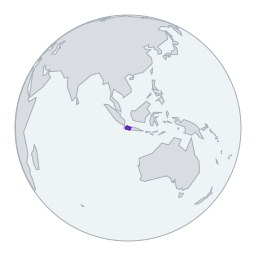 Jawa Barat highlighted on a globe, orthographic projection
{"feature_id": "IDN-1223", "entity_name": "Jawa Barat", "entity_type": "Province", "adm_level": 1, "iso_a3": "IDN", "parent_name": "Indonesia", "parent_adm1": "", "projection": "orthographic", "projection_center": [107.637, -6.866], "detail": "fine", "context": "on_globe", "style": "filled", "palette": "violet", "viewbox_px": 256, "rotation_deg": 0, "n_neighbors": 0, "source": "natural_earth", "source_scale": "10m", "svg_char_len": 7463}
<svg xmlns="http://www.w3.org/2000/svg" viewBox="0 0 256 256"><circle cx="128" cy="128" r="113" fill="#eef3f6" stroke="#a8b0b8"/><path d="M231.2,155.0L231.0,155.9L230.9,156.0L231.2,155.0ZM172.2,24.4L171.8,24.2L173.4,24.9L167.6,22.6L172.2,24.4ZM33.5,66.7L33.2,68.4L35.2,67.2L42.3,57.8L39.0,59.4L42.0,55.4L47.5,50.4L50.9,49.8L52.2,48.2L53.0,45.5L56.9,42.5L53.7,44.4L52.7,45.7L50.7,47.1L51.4,46.1L52.8,44.9L52.6,44.7L46.3,50.6L44.7,52.6L42.7,54.5L48.6,48.1L55.0,42.2L61.8,36.8L69.1,32.0L76.7,27.7L84.6,24.1L81.2,25.6L83.4,24.6L83.1,24.9L87.1,23.2L87.0,23.4L91.0,21.8L91.4,21.7L88.9,22.8L95.2,20.8L97.2,20.8L98.6,20.3L99.6,19.9L101.5,20.3L102.5,20.0L102.2,19.7L104.0,18.9L107.9,17.9L108.3,18.1L107.0,18.5L104.8,19.9L101.2,21.2L101.8,21.3L105.0,20.2L107.7,18.5L109.9,17.8L109.1,18.4L109.6,18.2L110.8,17.9L112.5,18.0L113.5,17.3L126.6,15.9L131.1,16.3L128.9,16.7L138.6,17.1L142.9,18.3L142.6,17.9L147.1,18.3L145.8,17.9L146.0,17.8L156.8,19.6L159.7,20.5L164.1,21.5L164.0,21.4L162.1,20.8L166.2,22.0L167.6,22.6L173.4,24.9L173.3,25.0L177.7,27.0L176.9,27.0L178.2,28.2L174.8,27.5L176.2,28.8L177.8,29.5L180.8,32.1L181.6,35.5L174.1,29.5L171.5,25.4L171.9,26.6L169.8,25.5L168.7,25.6L169.2,26.7L170.5,27.3L160.9,26.4L158.0,29.8L163.2,30.6L166.3,32.7L167.6,39.1L157.5,46.7L161.5,51.0L161.7,53.5L158.0,54.3L157.7,50.7L154.0,48.9L154.4,46.9L148.3,47.6L148.6,44.8L143.8,47.0L145.5,49.5L150.7,49.7L146.4,53.2L151.6,58.1L152.1,63.6L142.9,72.4L133.8,74.7L133.2,76.5L129.6,74.1L124.8,77.5L131.2,88.9L131.0,92.2L123.2,98.0L123.0,95.5L113.6,89.1L111.7,96.9L118.9,103.9L121.3,112.0L115.8,109.2L113.3,102.1L110.0,99.7L111.0,92.8L108.4,82.8L102.8,84.5L103.4,80.6L99.0,72.8L91.0,75.3L78.3,85.9L76.4,96.2L72.1,101.0L67.3,86.5L67.8,77.0L64.4,78.1L60.9,70.8L50.0,71.7L49.9,69.5L47.6,70.9L45.3,69.1L45.8,65.6L43.8,66.2L42.9,75.6L45.2,75.0L49.3,70.7L48.4,74.3L50.8,77.2L42.8,87.0L29.1,97.8L30.3,90.3L32.9,71.9L34.3,69.7L34.4,69.4L34.6,69.0L32.2,72.8L33.5,69.4L29.4,82.0L27.6,88.0L28.9,98.3L28.1,99.7L29.3,101.7L36.1,97.4L35.6,100.1L30.8,113.0L23.6,132.2L26.0,143.8L28.0,154.1L26.7,162.1L30.1,169.9L30.0,173.4L32.1,178.0L33.8,183.4L35.5,188.9L34.8,190.6L32.1,186.6L27.8,179.4L26.0,175.8L22.8,168.3L20.2,160.6L18.1,152.7L16.6,144.7L15.7,136.6L15.4,128.4L15.6,120.3L16.5,112.2L17.9,104.1L19.9,96.2L22.5,88.5L25.7,81.0L29.3,73.7L33.5,66.7ZM41.0,56.4L39.4,58.5L38.0,60.3L41.0,56.4ZM90.0,22.0L88.4,22.7L85.2,23.9L90.0,22.0ZM51.9,54.2L55.7,54.0L58.5,48.9L60.1,48.6L60.5,47.1L58.7,48.6L60.1,44.7L63.4,43.1L65.2,41.1L64.0,41.1L57.9,44.8L55.7,50.2L52.9,52.5L51.9,54.2ZM40.5,59.6L38.6,61.6L38.8,60.9L39.4,60.3L40.5,59.6ZM37.0,61.6L36.8,62.2L36.5,62.3L37.0,61.6ZM81.4,205.0L83.8,206.4L82.3,206.6L81.4,205.0ZM36.7,150.3L39.1,169.2L36.6,169.8L33.9,164.6L31.5,153.4L33.7,149.6L34.1,144.4L36.7,150.3ZM149.8,133.5L153.2,134.4L153.1,135.0L149.8,133.5ZM146.3,131.3L150.2,131.9L145.6,132.4L146.3,131.3ZM151.7,132.1L155.7,131.6L157.4,130.9L157.0,132.0L151.7,132.1ZM143.6,131.1L129.2,129.8L123.6,128.0L124.9,126.1L134.1,127.2L143.6,131.1ZM124.4,126.0L115.8,120.1L104.0,104.2L108.2,104.6L120.5,114.4L119.8,116.0L125.0,120.5L124.4,126.0ZM145.5,117.6L144.6,122.5L136.7,121.4L133.1,120.3L130.6,113.7L132.0,110.6L134.9,111.0L146.4,101.3L150.4,104.3L146.9,108.4L150.2,113.0L145.5,117.6ZM76.8,97.1L78.9,103.3L76.6,104.5L76.8,97.1ZM151.1,94.6L146.5,98.6L150.7,93.0L151.1,94.6ZM153.7,89.3L153.9,91.6L152.1,89.2L153.7,89.3ZM133.0,79.4L129.9,79.7L129.8,78.2L133.8,77.0L133.0,79.4ZM152.4,68.4L152.3,72.6L151.7,74.0L150.3,71.3L152.4,68.4ZM111.0,16.9L105.0,18.0L101.0,18.9L99.5,19.6L99.1,19.3L105.1,17.8L111.0,16.9ZM124.6,15.9L126.0,15.6L127.1,15.7L127.0,15.8L124.6,15.9ZM124.2,15.7L122.6,15.6L124.5,15.5L125.4,15.6L124.2,15.7ZM204.8,196.9L205.1,198.5L201.9,201.4L197.8,204.1L194.8,203.9L204.8,196.9ZM178.7,197.4L179.5,192.8L183.5,193.5L181.1,197.1L178.7,197.4ZM207.5,195.0L210.4,191.7L212.4,186.6L211.0,191.6L212.2,192.9L205.8,198.5L207.5,195.0ZM166.6,175.9L144.6,181.4L140.0,179.8L141.5,176.3L138.0,165.2L139.6,165.6L139.1,158.4L152.3,153.3L161.8,143.1L168.7,144.8L174.2,137.6L181.2,139.4L178.9,145.4L185.8,151.2L191.3,137.8L194.7,154.4L199.1,161.5L199.4,172.4L188.3,188.1L182.7,190.3L182.0,188.2L179.6,189.6L176.3,188.0L175.3,181.6L172.9,183.0L175.5,179.0L171.9,182.2L170.5,178.1L166.6,175.9ZM216.1,159.4L216.9,160.3L217.9,163.8L216.6,162.7L216.1,159.4ZM229.0,157.0L229.2,158.7L228.4,158.4L229.0,157.0ZM230.9,156.0L230.0,155.8L231.2,155.0L230.9,156.0ZM221.4,152.1L221.7,153.3L221.4,153.5L221.4,152.1ZM221.1,151.6L221.7,150.2L221.5,151.8L221.1,151.6ZM217.6,141.2L218.2,140.7L218.4,141.4L217.6,141.2ZM158.2,135.1L163.0,131.8L165.6,131.8L158.2,135.1ZM216.9,139.2L215.5,138.6L215.7,137.8L216.9,139.2ZM217.0,137.4L216.9,136.2L217.7,139.2L217.0,137.4ZM214.5,133.8L216.1,136.5L214.3,134.0L214.5,133.8ZM213.5,133.7L212.2,132.4L212.3,132.1L213.5,133.7ZM198.9,130.7L203.6,138.9L199.7,137.6L195.4,132.2L191.7,135.2L183.7,132.8L185.6,130.8L184.6,126.9L176.1,123.9L174.4,121.2L177.4,120.2L171.8,117.4L178.0,117.5L180.5,122.7L184.0,119.6L189.9,121.8L195.6,124.8L200.0,129.6L198.9,130.7ZM177.9,128.0L179.0,128.2L178.0,129.5L177.9,128.0ZM209.9,128.8L211.7,131.9L211.4,132.4L210.5,131.7L209.9,128.8ZM201.1,129.0L205.9,126.5L207.0,126.9L203.8,130.5L201.1,129.0ZM204.8,123.5L207.0,124.7L208.1,127.4L207.6,127.8L204.8,123.5ZM165.3,121.4L165.0,122.7L163.4,121.4L165.3,121.4ZM167.4,120.9L172.3,123.2L166.9,122.0L167.4,120.9ZM152.5,114.4L153.9,117.6L158.5,116.2L155.0,118.6L158.1,124.2L157.0,126.0L154.0,120.0L152.8,125.7L150.8,125.4L149.7,120.3L151.8,114.5L153.8,112.3L162.1,112.4L152.5,114.4ZM167.4,117.1L166.1,113.4L167.0,111.1L168.5,113.2L167.4,117.1ZM162.2,104.4L158.7,99.9L155.6,101.1L161.9,96.4L164.2,101.4L162.2,104.4ZM159.2,95.3L156.3,96.3L159.3,93.5L159.2,95.3ZM155.5,94.9L155.1,92.2L157.5,92.8L155.5,94.9ZM160.7,95.7L161.2,91.2L162.4,94.0L160.7,95.7ZM154.1,86.2L159.1,91.1L152.6,88.5L152.2,80.1L154.9,80.2L154.1,86.2ZM168.6,57.3L167.9,55.3L170.3,55.3L170.2,56.7L168.6,57.3ZM177.6,54.4L170.7,54.7L165.1,55.4L166.9,56.6L165.8,59.7L162.9,56.2L166.8,53.2L171.1,53.3L171.6,50.9L174.6,49.8L173.7,46.6L174.9,45.7L177.1,48.7L177.6,54.4ZM173.1,45.3L172.5,40.4L177.2,42.2L178.4,43.6L176.7,45.0L174.3,44.0L173.1,45.3ZM173.7,39.8L171.4,38.9L165.7,31.7L165.7,30.7L172.5,36.6L170.7,36.1L171.3,37.7L173.7,39.8ZM145.2,17.6L145.7,17.5L147.1,17.8L145.2,17.6ZM147.9,17.5L145.9,17.2L147.8,17.4L147.9,17.5ZM141.6,16.7L145.1,17.0L142.0,16.9L141.6,16.7Z" fill="#d9dde1" stroke="#a8b0b8" stroke-width="1"/><path d="M126.7,126.5L126.8,126.4L126.8,126.2L127.0,126.2L127.1,126.3L127.3,126.2L127.5,126.3L127.6,126.5L127.8,126.6L128.0,126.7L128.1,126.8L128.1,126.7L128.2,126.8L128.2,126.7L128.3,126.7L128.5,126.7L128.5,126.8L128.8,126.9L129.0,126.9L129.1,126.7L129.1,126.8L129.3,126.8L129.4,127.0L129.6,127.2L129.8,127.3L129.8,127.6L129.9,127.8L130.0,127.8L130.3,127.9L130.5,127.9L130.3,128.1L130.2,128.3L130.3,128.3L130.2,128.4L130.2,128.5L129.9,128.5L129.8,128.8L130.0,128.9L130.0,129.0L130.2,129.3L130.1,129.5L130.3,129.6L130.2,129.6L129.9,129.6L129.7,129.7L129.7,129.8L129.3,129.9L129.0,129.8L128.6,129.7L128.4,129.7L128.2,129.6L128.0,129.4L127.9,129.4L127.7,129.3L127.6,129.2L127.5,129.3L127.3,129.2L127.2,129.2L126.5,129.1L126.4,129.1L126.0,129.1L125.8,129.1L125.7,129.0L125.6,128.9L125.6,128.7L125.8,128.4L125.9,128.2L125.7,128.2L125.7,127.9L125.8,127.8L125.7,127.8L125.7,127.7L125.6,127.3L125.6,127.2L125.8,127.0L126.0,127.0L126.3,127.0L126.3,126.9L126.3,127.0L126.5,127.0L126.7,126.8L126.7,126.7L126.7,126.5Z" fill="#8b5cf6" stroke="#5b21b6" stroke-width="1.5"/></svg>